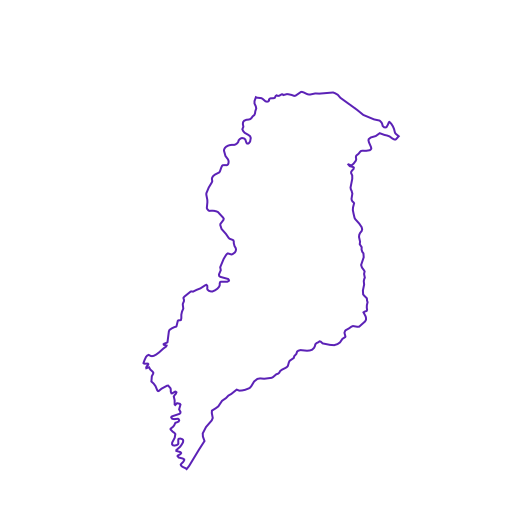 outline of Bu Dop, Bình Phước, Vietnam, rotated 142°
{"feature_id": "81297802B5857215594058", "entity_name": "Bu Dop", "entity_type": "district", "adm_level": 2, "iso_a3": "VNM", "parent_name": "Vietnam", "parent_adm1": "Bình Phước", "projection": "albers", "projection_center": [106.839, 11.984], "detail": "fine", "context": "isolated", "style": "outline", "palette": "violet", "viewbox_px": 512, "rotation_deg": 142, "n_neighbors": 0, "source": "geoboundaries", "source_scale": "gbopen_adm2", "svg_char_len": 6126}
<svg xmlns="http://www.w3.org/2000/svg" viewBox="0 0 512 512"><g transform="rotate(142 256 256)"><path d="M158.3,381.2L161.8,379.0L163.3,377.1L164.0,374.1L165.0,372.1L167.3,370.6L169.1,368.9L170.6,368.1L172.6,368.1L174.6,367.5L176.2,367.4L177.7,368.0L179.8,369.3L182.1,369.9L183.8,369.4L185.1,368.1L186.4,365.6L188.7,364.3L189.2,362.4L189.1,360.1L187.5,356.2L186.9,354.0L187.5,352.2L190.2,349.8L192.2,349.3L193.2,349.5L193.9,350.4L193.6,351.9L192.7,354.4L193.0,355.9L194.0,357.2L195.0,357.9L196.9,358.1L198.5,357.8L199.8,356.8L201.5,356.4L203.4,356.5L204.8,357.0L206.5,358.4L208.6,359.6L210.3,360.2L212.3,360.5L214.0,360.3L215.5,359.6L216.4,358.7L218.5,353.6L218.6,349.3L219.2,347.6L220.4,346.2L221.5,345.5L222.6,345.4L223.3,345.7L225.1,347.2L226.4,348.0L227.1,348.0L228.9,347.1L232.3,344.9L233.5,344.5L238.1,345.4L240.4,345.4L242.2,344.8L243.3,343.9L244.4,341.9L245.5,341.2L251.0,339.1L256.5,336.0L257.4,334.9L259.8,330.2L261.2,328.3L265.2,324.1L265.5,323.2L265.4,321.1L265.0,320.3L263.2,319.1L261.3,317.5L259.7,315.5L258.9,314.0L258.3,306.3L258.5,305.2L259.6,304.4L264.3,303.2L265.1,302.4L266.5,298.5L266.1,291.9L266.4,287.1L266.2,285.9L264.4,282.9L264.2,282.2L264.6,281.1L265.6,279.8L266.8,277.1L267.1,274.8L267.7,273.5L268.8,272.5L270.4,271.8L273.3,271.9L274.4,272.3L276.6,275.4L277.6,275.5L279.1,275.2L283.3,273.6L291.1,269.2L292.5,266.5L296.5,264.3L297.3,263.0L297.0,261.6L292.1,255.0L292.2,253.5L292.8,253.1L294.5,253.4L299.2,257.1L299.9,257.5L300.4,257.5L301.4,256.8L302.6,255.3L304.0,254.5L306.5,254.0L309.5,254.2L312.3,254.9L313.5,256.0L314.6,257.6L314.9,259.3L314.7,260.1L313.5,261.4L312.7,262.7L312.9,263.9L314.1,264.2L319.7,264.7L323.7,265.9L327.6,266.7L328.6,267.8L329.4,268.2L337.3,268.1L338.8,267.8L339.2,267.3L339.8,265.7L340.7,264.7L342.9,263.5L343.6,262.8L345.7,259.3L348.6,257.7L351.0,255.7L353.1,253.0L354.3,252.0L354.6,251.8L355.4,252.1L356.8,253.1L357.6,253.0L361.9,249.6L362.4,249.5L364.1,250.2L366.8,250.8L369.6,251.0L371.0,250.3L378.8,242.6L379.7,242.6L382.3,243.4L383.1,243.4L383.3,242.8L381.6,240.5L382.5,240.0L386.2,240.1L391.7,239.7L395.4,239.8L398.1,240.3L399.6,241.1L400.4,241.9L401.5,244.2L403.1,244.5L404.8,244.2L407.9,242.6L410.6,240.9L410.4,240.0L407.5,237.8L407.4,237.2L407.8,236.7L410.2,236.3L411.2,235.7L411.5,235.1L408.8,234.2L409.2,231.7L408.7,228.7L408.7,227.4L409.4,226.6L412.1,225.4L415.7,221.5L415.2,218.5L415.3,215.3L416.5,210.9L416.4,209.9L415.9,209.5L412.1,209.6L406.1,208.6L405.0,208.0L404.8,204.6L405.1,203.7L406.7,201.5L407.2,199.8L406.8,199.4L403.1,198.9L402.8,198.5L402.6,197.6L403.9,196.8L405.8,196.5L407.3,195.9L408.9,192.5L411.5,189.1L411.4,188.3L408.8,188.6L407.0,186.4L407.0,185.4L411.0,182.5L411.5,179.6L412.2,178.9L413.4,178.7L420.8,181.3L421.5,181.4L422.2,181.0L422.3,179.5L421.6,178.5L420.6,177.6L417.7,175.8L417.4,174.8L417.7,173.8L418.9,173.2L421.0,173.7L422.2,174.2L424.8,172.9L426.5,172.5L429.6,172.5L430.0,172.2L430.1,171.6L429.8,168.8L429.2,167.0L429.2,165.3L432.0,162.8L436.9,160.6L438.0,159.4L438.1,158.6L438.0,158.0L437.0,156.8L434.9,155.8L433.4,155.7L432.8,155.9L430.6,158.8L430.0,159.4L429.4,159.5L428.0,158.7L427.0,157.2L426.7,156.2L427.1,155.2L428.3,154.1L430.8,153.1L433.2,152.4L438.3,152.1L438.8,151.4L436.3,148.0L436.2,147.3L436.3,146.8L437.6,146.4L440.5,146.9L441.0,146.7L441.0,144.8L438.4,141.5L437.8,139.9L438.4,139.2L440.4,138.5L442.6,138.3L443.8,137.9L444.0,137.2L444.0,136.1L443.5,134.7L442.1,132.0L441.9,130.8L438.1,131.7L420.2,138.5L410.5,141.9L409.0,146.4L407.2,149.0L400.7,152.0L392.1,153.7L389.8,155.0L387.5,159.5L385.9,161.3L381.6,160.8L378.3,160.7L371.9,162.8L367.0,162.5L363.7,163.0L360.4,162.5L353.5,162.6L352.0,160.1L349.7,158.6L347.1,157.3L343.2,156.1L342.0,155.9L339.9,156.3L334.7,158.3L330.6,158.3L328.1,157.0L325.1,154.2L318.7,150.4L317.2,150.1L312.7,150.3L311.3,149.7L309.6,149.7L307.7,150.5L305.3,150.4L301.5,149.6L299.7,149.5L298.5,149.8L295.5,152.0L294.0,152.7L289.0,152.4L287.6,153.5L284.5,154.0L282.4,155.4L280.9,155.3L278.9,154.5L274.1,149.9L271.7,148.4L269.5,147.6L266.7,147.9L264.8,148.9L263.6,149.9L261.9,150.1L260.3,149.7L258.4,149.6L257.7,148.6L257.3,146.1L252.4,140.4L249.3,137.6L246.0,136.4L243.0,136.2L238.9,137.5L235.6,137.2L235.1,137.5L233.6,141.0L232.1,142.0L231.1,142.3L227.2,141.7L224.4,141.6L222.7,141.1L219.7,137.8L218.2,136.8L210.3,137.3L208.5,138.1L207.5,139.4L206.8,140.9L206.0,145.4L204.7,145.3L202.7,144.6L201.6,145.2L200.5,147.1L198.9,149.0L196.5,150.9L196.0,152.4L194.7,154.4L195.2,158.4L195.2,159.8L193.0,163.0L188.4,166.9L186.5,169.9L184.8,171.3L183.6,171.9L181.9,175.3L179.9,177.0L179.7,178.3L179.6,181.7L178.7,184.2L171.9,188.7L169.8,191.8L169.7,192.2L169.7,193.8L168.9,196.0L167.3,197.9L167.0,201.4L165.2,203.2L163.1,207.6L161.5,209.2L159.7,210.1L157.4,210.6L155.9,211.7L155.0,213.7L154.7,217.9L155.1,223.9L154.9,225.3L153.2,229.0L151.4,232.6L149.7,234.5L146.2,237.2L146.1,238.1L146.4,239.6L146.2,240.9L145.6,242.2L141.7,245.8L140.5,248.6L140.3,250.0L139.4,251.7L132.6,257.6L130.6,260.2L130.0,262.8L129.2,263.7L127.8,264.2L125.6,264.5L124.5,265.4L124.5,266.0L126.8,269.1L126.9,271.3L126.7,271.3L125.3,268.9L124.4,268.6L122.2,268.7L118.8,269.6L117.5,270.5L116.5,272.3L115.7,273.1L114.7,273.4L112.3,273.4L109.9,274.0L108.6,274.1L107.3,273.4L104.5,271.1L101.2,269.3L100.1,269.3L99.1,269.6L98.7,270.2L98.2,271.4L97.0,276.1L96.1,278.0L95.2,278.7L92.5,278.7L87.8,276.8L82.9,276.6L80.3,272.4L78.5,270.2L77.1,267.9L76.2,264.6L75.3,262.7L74.6,262.0L73.8,261.8L69.8,262.5L70.6,266.1L70.6,267.5L69.0,271.2L68.3,273.9L68.0,276.9L68.3,279.5L68.9,279.6L71.4,278.2L73.9,277.2L75.0,277.7L75.8,278.6L76.1,280.5L75.3,282.3L74.9,283.9L75.1,286.0L75.3,286.7L78.9,291.0L84.6,301.1L86.4,309.0L92.1,328.7L92.3,332.7L93.5,335.6L94.6,337.4L106.2,345.0L109.2,347.6L114.1,350.0L115.4,351.2L116.3,352.6L117.7,355.5L118.8,357.1L119.6,357.6L126.1,358.0L127.3,358.6L128.8,361.0L130.8,363.4L131.9,364.5L135.4,366.0L135.5,367.0L136.3,367.6L139.0,368.0L139.8,368.4L140.5,369.1L140.8,369.9L141.9,370.0L143.8,369.1L144.8,369.4L147.5,371.3L148.5,371.5L149.4,371.3L150.0,370.5L150.7,370.3L151.6,370.4L152.7,371.2L153.3,372.1L154.1,376.0L154.7,377.2L157.9,380.3L158.3,381.2Z" fill="none" stroke="#5b21b6" stroke-width="2"/></g></svg>